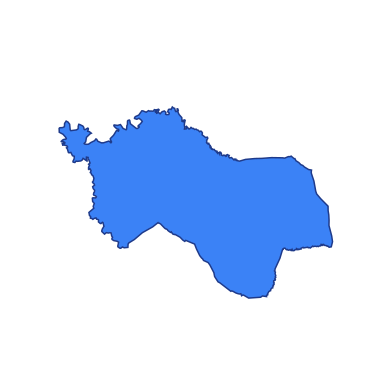 the district of Phana, Amnat Charoen, Thailand, rotated 126°
{"feature_id": "78962969B53965297473531", "entity_name": "Phana", "entity_type": "district", "adm_level": 2, "iso_a3": "THA", "parent_name": "Thailand", "parent_adm1": "Amnat Charoen", "projection": "orthographic", "projection_center": [104.854, 15.662], "detail": "fine", "context": "isolated", "style": "filled", "palette": "blue", "viewbox_px": 384, "rotation_deg": 126, "n_neighbors": 0, "source": "geoboundaries", "source_scale": "gbopen_adm2", "svg_char_len": 6065}
<svg xmlns="http://www.w3.org/2000/svg" viewBox="0 0 384 384"><g transform="rotate(126 192 192)"><path d="M228.5,327.7L227.0,326.5L226.7,324.0L227.1,323.6L228.0,323.8L228.3,325.2L228.9,325.6L230.1,324.1L229.2,323.1L228.2,320.4L228.7,319.1L230.1,319.5L230.4,318.2L232.7,315.2L232.6,314.5L231.2,313.3L232.9,310.0L232.3,308.2L234.6,306.8L237.1,306.4L237.7,305.7L237.0,304.1L235.1,303.9L234.6,302.8L232.2,300.2L230.6,299.6L228.8,299.9L228.7,295.1L228.3,295.2L228.1,296.2L227.5,296.9L225.8,297.9L225.1,296.3L226.5,295.6L226.5,294.6L228.5,291.5L230.3,292.0L230.5,290.7L232.8,290.2L234.4,289.1L234.4,288.6L233.3,288.5L233.2,288.0L234.1,286.2L236.1,285.7L236.1,284.5L237.0,283.4L237.1,281.6L238.6,279.4L241.1,278.3L242.4,278.4L242.8,277.9L242.9,276.2L243.7,274.9L246.1,275.5L247.3,273.9L247.8,271.8L249.5,270.9L250.4,271.0L251.9,270.3L252.3,269.4L251.8,267.8L252.1,266.5L253.4,266.5L255.0,268.8L255.6,269.0L258.1,266.8L258.7,264.3L261.7,263.5L262.9,261.9L269.1,263.4L271.3,261.1L271.4,259.7L272.9,258.8L272.3,257.4L272.4,256.1L270.8,255.6L269.4,254.4L270.1,253.2L269.5,252.1L269.5,251.2L271.2,250.1L271.4,247.7L271.1,247.1L269.2,246.7L269.1,246.0L271.5,243.1L274.7,242.8L276.4,242.2L277.0,241.7L277.5,238.0L275.2,237.4L274.4,235.6L273.2,234.5L272.7,233.4L274.8,231.1L275.3,229.7L277.0,229.3L277.4,228.7L277.3,226.7L275.9,223.7L275.7,221.9L279.5,220.2L280.0,219.4L279.8,217.1L279.2,216.5L277.4,216.0L277.0,214.1L274.5,211.3L271.7,213.1L270.4,213.2L264.3,210.7L254.0,208.2L243.3,203.3L236.8,201.5L237.0,201.1L236.5,200.2L236.3,198.6L237.3,193.1L237.4,191.8L237.1,191.6L236.9,190.0L237.3,189.0L237.4,186.8L237.2,185.4L236.5,185.3L237.3,182.9L236.8,181.2L236.3,180.9L235.6,175.1L236.3,171.1L236.2,168.8L234.8,168.6L232.6,159.3L235.5,154.8L238.9,148.4L239.8,145.4L239.8,144.3L240.6,142.4L239.6,137.5L240.5,134.7L244.4,126.9L247.1,124.0L249.4,118.1L249.1,116.1L249.5,102.2L248.8,101.9L248.3,100.6L247.9,97.1L247.2,94.9L246.6,93.6L245.6,92.7L246.8,90.9L245.4,90.3L245.1,89.6L244.5,83.8L236.8,74.6L234.7,73.9L232.8,70.2L232.0,70.9L230.6,70.3L230.3,70.9L227.7,71.3L226.4,71.0L225.7,70.4L224.3,71.1L222.3,70.8L222.1,70.4L220.6,71.2L220.0,71.0L219.7,71.6L218.2,71.4L217.8,72.1L217.1,72.3L217.1,72.9L215.8,73.7L214.6,72.9L213.7,73.2L213.8,73.8L213.3,74.1L211.8,74.1L211.6,74.8L210.5,75.0L209.1,76.9L207.8,77.4L207.4,78.9L206.7,78.8L205.4,79.6L194.0,81.9L185.1,85.0L184.8,84.5L184.2,84.8L183.4,84.5L182.8,83.8L183.2,81.7L182.4,81.0L182.6,80.3L182.1,79.4L181.0,78.8L181.1,77.7L179.9,77.5L180.6,77.0L179.9,76.6L180.2,75.8L179.0,74.7L178.3,74.8L177.0,73.8L176.3,74.2L176.2,73.7L176.9,73.1L175.9,71.9L175.6,72.1L175.3,71.4L174.6,71.1L174.2,70.3L173.5,70.7L171.5,69.6L171.6,68.8L168.6,65.9L168.8,65.2L168.0,64.3L167.8,63.4L164.8,62.5L164.9,61.8L163.5,60.6L162.8,59.0L162.2,58.8L161.9,57.7L160.7,57.2L160.1,56.4L158.6,56.7L158.9,55.7L158.3,55.5L158.3,54.8L157.8,54.8L157.6,55.3L157.0,54.7L157.3,53.4L156.3,51.6L156.5,50.8L155.9,50.4L156.1,48.6L154.5,47.1L149.6,49.1L145.5,53.1L138.6,61.5L134.3,64.5L130.1,67.9L127.1,70.9L123.5,73.6L121.8,83.9L120.3,90.0L118.6,92.4L111.5,99.8L106.9,106.2L105.9,107.2L104.0,108.2L105.3,110.9L105.7,115.8L105.4,118.0L105.9,120.0L105.4,122.9L105.6,126.3L104.5,128.4L105.0,129.0L104.7,132.9L105.7,133.4L106.8,134.9L110.1,136.9L111.1,138.8L117.4,147.8L123.7,155.2L127.9,160.7L134.2,167.9L139.1,171.7L140.3,174.4L139.9,174.5L140.2,174.9L139.7,175.8L140.4,175.8L140.5,177.0L141.4,176.9L140.9,180.3L142.4,181.7L141.8,183.2L140.6,183.4L140.9,184.0L140.8,185.2L141.9,185.9L142.7,185.3L143.2,185.5L142.8,186.3L143.4,187.1L143.3,187.9L144.5,188.3L144.9,189.9L144.4,190.0L143.5,191.0L143.7,191.8L143.2,191.7L143.0,192.3L143.3,192.7L144.7,192.2L143.9,193.2L144.6,193.4L144.9,194.5L145.6,194.1L145.2,195.9L144.4,195.8L145.0,197.8L144.5,199.0L145.0,199.4L145.1,200.4L145.6,200.4L145.8,201.4L145.3,201.5L145.3,202.2L144.7,202.7L145.4,202.9L145.5,203.4L144.4,204.1L144.3,204.5L143.7,204.5L143.5,206.1L142.9,206.8L143.7,207.2L143.1,207.9L143.7,208.7L143.5,209.3L141.7,210.2L141.5,210.7L139.5,210.7L138.7,211.5L138.6,211.9L139.9,213.0L139.8,217.4L138.1,218.3L137.4,220.0L137.6,220.7L138.8,221.4L138.3,223.1L138.8,224.4L138.7,225.6L139.9,226.7L139.7,228.2L140.4,229.1L140.3,230.8L142.3,231.0L142.8,231.6L142.1,235.1L142.6,235.2L143.6,233.9L144.2,233.7L145.5,235.1L143.7,236.0L143.1,236.9L141.4,238.2L138.0,239.7L138.1,240.5L139.1,241.2L139.9,240.3L140.3,240.3L140.7,241.7L137.8,244.0L136.9,248.0L135.5,250.5L133.9,251.1L133.1,252.5L133.5,252.9L135.3,251.5L136.4,252.2L136.2,253.1L134.5,255.2L134.9,256.4L134.8,257.9L137.5,257.4L137.8,258.4L139.0,259.5L141.4,258.8L141.5,256.9L142.0,256.5L143.0,256.4L144.3,257.9L144.6,259.0L142.9,260.0L142.7,262.0L144.6,263.4L147.5,263.8L147.3,265.8L149.0,266.9L147.7,267.8L148.9,268.5L148.5,269.0L147.7,268.8L146.3,266.8L144.9,266.9L144.7,267.7L146.7,269.3L147.5,270.9L148.9,270.7L150.0,271.6L150.6,272.9L151.4,273.5L151.7,275.0L154.4,276.0L155.2,279.3L155.8,280.3L161.1,280.3L164.4,282.2L166.1,282.0L166.3,281.6L165.6,279.4L163.5,278.2L163.7,275.0L164.2,273.7L167.0,273.8L170.0,274.5L170.5,274.2L170.2,273.3L170.5,272.9L172.6,273.4L173.3,274.4L173.0,282.0L170.7,284.4L170.6,285.0L171.6,285.8L172.5,285.9L175.4,283.9L176.6,283.7L179.7,281.8L180.4,281.9L181.1,285.0L179.5,289.5L181.9,291.4L183.5,294.4L184.3,294.2L184.7,293.2L185.1,290.1L184.4,288.2L185.3,287.4L186.0,287.3L186.3,288.8L187.0,289.2L192.2,288.8L196.8,289.5L197.3,289.2L198.8,286.5L199.8,286.5L200.0,287.0L199.4,288.2L199.8,289.3L204.3,292.6L205.5,294.2L206.3,298.0L205.4,300.1L205.5,300.9L207.8,301.0L211.4,302.9L214.3,303.9L215.8,305.9L216.3,307.3L216.1,307.8L213.9,307.5L209.8,309.5L205.1,308.7L203.6,308.0L203.5,310.5L204.2,312.1L201.9,312.9L201.5,313.4L201.7,314.0L204.1,315.0L204.7,315.6L204.6,316.3L203.3,317.6L202.8,319.1L203.4,322.6L203.8,323.4L205.7,322.7L207.5,321.4L208.3,321.4L209.7,322.0L213.6,326.1L213.3,327.1L209.1,330.8L208.3,333.4L208.6,335.5L211.4,335.4L214.2,333.6L216.0,334.6L217.7,336.7L218.6,336.9L221.7,334.5L221.1,330.3L221.9,326.6L222.6,325.1L223.4,325.1L224.6,326.5L225.9,327.2L228.5,327.7Z" fill="#3b82f6" stroke="#1e3a8a" stroke-width="1.5"/></g></svg>